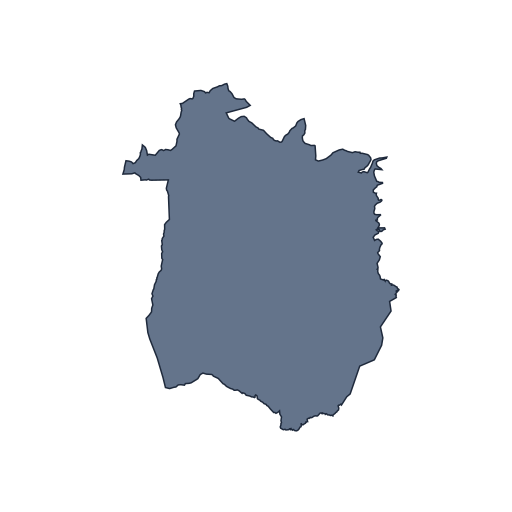 the district of Afigya Kwabre South, Ashanti, Ghana, rotated 129°
{"feature_id": "2480657B27047738560833", "entity_name": "Afigya Kwabre South", "entity_type": "district", "adm_level": 2, "iso_a3": "GHA", "parent_name": "Ghana", "parent_adm1": "Ashanti", "projection": "albers", "projection_center": [-1.625, 6.839], "detail": "fine", "context": "isolated", "style": "filled", "palette": "slate", "viewbox_px": 512, "rotation_deg": 129, "n_neighbors": 0, "source": "geoboundaries", "source_scale": "gbopen_adm2", "svg_char_len": 6150}
<svg xmlns="http://www.w3.org/2000/svg" viewBox="0 0 512 512"><g transform="rotate(129 256 256)"><path d="M200.0,120.8L199.7,121.4L198.0,122.6L198.3,123.3L198.2,123.7L194.8,123.7L195.3,124.5L195.0,125.0L193.6,124.5L193.1,123.5L192.1,123.8L192.1,125.9L191.4,126.8L191.8,128.2L191.8,129.9L192.3,131.4L193.4,132.3L192.3,132.9L193.1,134.2L193.0,135.3L192.2,137.1L192.2,137.9L192.7,139.4L193.6,140.0L194.2,139.8L193.5,141.6L193.8,141.8L194.3,141.5L195.5,144.8L193.9,146.6L193.2,147.8L192.7,149.9L191.5,151.6L189.4,153.1L189.8,153.5L188.3,153.8L187.9,154.2L185.5,157.3L181.4,157.7L178.3,159.0L177.4,162.8L176.8,163.6L174.2,163.4L173.8,163.6L173.7,164.0L171.6,165.1L168.5,165.9L167.9,165.6L166.7,166.0L166.1,168.3L166.0,171.6L167.4,172.9L169.3,173.6L167.7,176.7L164.8,176.8L161.4,175.3L160.0,175.7L159.8,176.5L160.1,177.9L160.0,179.0L158.5,178.4L158.0,176.8L158.7,175.6L158.5,174.5L157.7,173.8L155.4,173.5L153.9,172.5L153.2,173.8L157.5,179.0L155.1,179.3L153.8,180.0L153.1,181.2L153.1,185.1L152.8,185.4L152.3,184.7L151.6,184.3L151.1,185.1L149.4,185.6L145.8,185.0L145.6,185.4L148.0,188.2L148.9,190.0L148.5,191.3L147.3,192.3L144.4,193.5L142.8,195.2L141.2,195.4L138.7,195.0L136.2,193.5L134.5,193.1L133.7,193.1L133.2,193.7L133.4,194.4L134.7,195.0L135.4,195.7L135.3,196.5L134.2,197.4L133.4,200.1L132.9,200.9L132.3,201.5L131.4,201.9L132.1,202.8L132.6,204.9L130.9,206.4L127.8,206.1L126.2,205.7L124.7,206.3L119.9,203.4L119.3,204.0L121.3,206.8L121.4,208.1L122.0,209.1L119.2,214.4L116.7,217.3L114.7,218.1L113.4,218.2L109.7,212.5L109.4,214.0L109.8,216.5L109.7,218.9L108.4,220.7L106.9,221.5L105.0,220.9L98.0,216.2L96.8,216.6L100.3,219.6L102.1,221.6L106.9,224.6L108.7,224.8L110.2,224.1L115.0,222.7L116.5,222.6L120.7,221.7L121.3,222.0L122.6,225.3L123.8,226.2L125.2,226.4L126.5,229.3L124.7,229.7L121.6,227.6L120.6,226.6L118.9,226.9L116.4,226.3L114.8,226.2L109.8,227.0L108.6,227.4L107.5,228.8L106.8,232.0L107.0,233.2L109.3,238.1L110.6,239.6L109.9,240.5L111.3,242.2L112.6,244.6L115.0,246.1L117.2,250.8L117.5,252.4L118.0,253.4L118.4,255.8L121.2,258.1L127.4,261.2L130.3,261.2L136.2,262.7L139.6,264.7L143.0,267.3L143.8,270.3L140.6,272.5L133.2,279.4L133.2,280.1L135.6,282.9L136.0,284.7L137.6,288.7L137.2,291.3L136.7,292.4L135.0,294.4L133.3,295.5L131.9,295.1L129.7,295.4L127.9,297.0L126.6,297.2L123.3,299.5L119.0,305.1L121.7,306.9L125.0,308.0L126.8,308.0L130.0,307.0L133.1,307.7L134.2,308.3L137.4,308.5L139.1,308.0L141.7,308.1L142.6,308.7L145.1,309.1L150.6,307.8L151.5,308.0L152.6,309.0L152.9,311.7L153.6,312.3L154.4,313.8L154.6,315.6L154.0,317.0L154.6,319.3L154.3,324.7L153.6,329.3L155.6,333.7L155.2,335.0L155.7,337.2L155.2,343.0L155.8,346.2L155.2,348.9L154.6,350.4L154.9,353.1L157.0,355.2L159.8,356.3L164.8,357.5L166.1,363.1L166.0,364.0L163.5,369.2L146.3,356.8L142.6,355.3L142.0,360.9L141.2,363.0L141.3,364.0L143.3,365.8L146.3,370.3L146.7,372.8L145.0,376.8L144.5,379.7L144.7,381.2L143.3,383.3L141.8,384.8L140.4,387.2L142.4,388.7L145.2,389.9L146.8,391.6L148.6,392.3L153.0,395.0L156.3,395.6L158.6,395.2L159.7,397.1L161.0,397.8L160.7,399.5L162.0,403.0L166.5,407.6L169.1,406.5L171.0,404.9L173.3,404.2L174.1,404.5L175.1,406.3L176.4,407.0L183.7,409.2L185.3,410.7L186.4,408.8L187.3,408.1L187.9,406.9L189.0,406.3L189.6,405.3L191.3,404.7L194.6,402.8L196.0,402.3L198.3,402.1L201.8,402.1L204.7,401.2L206.6,398.7L208.7,393.2L209.4,392.3L215.0,390.9L216.6,389.6L220.7,387.5L226.0,388.3L227.8,388.9L228.8,391.2L230.2,393.4L231.2,393.6L232.3,394.3L232.5,395.6L232.9,396.5L234.8,397.6L241.1,397.7L244.3,403.2L244.7,403.5L245.9,403.9L243.0,407.2L241.4,410.1L241.2,411.0L241.2,414.2L244.8,411.9L246.4,411.5L247.5,410.9L248.4,411.0L250.2,409.5L252.6,408.7L254.2,408.4L256.9,408.8L259.4,408.5L261.6,409.7L261.3,411.4L261.4,412.4L262.2,414.4L263.8,417.0L269.8,414.1L271.7,412.8L276.1,411.0L270.2,404.2L267.6,402.5L267.8,401.7L267.2,397.7L267.5,395.1L269.5,393.1L266.4,389.9L266.1,389.1L263.8,387.7L263.9,386.5L262.9,385.0L252.0,372.0L259.8,368.3L261.0,366.9L261.3,365.7L264.0,361.8L265.0,361.3L282.1,346.3L286.2,346.9L289.1,346.8L292.7,343.8L294.1,343.3L295.5,342.2L297.1,341.7L298.5,340.1L301.3,339.9L302.6,339.1L303.3,339.0L306.1,336.0L307.7,335.8L310.4,333.2L311.5,331.2L313.4,330.9L317.0,327.8L317.5,326.3L323.5,323.3L325.4,321.2L326.9,320.7L329.2,321.1L331.4,320.8L334.9,319.3L335.5,319.3L336.3,318.5L337.4,318.5L338.2,317.7L342.2,316.8L345.9,314.7L346.9,314.6L350.8,313.1L352.0,310.9L354.9,310.3L359.0,305.3L362.2,304.2L365.2,302.0L369.5,301.8L373.6,302.1L383.6,291.8L387.3,286.4L397.4,268.6L408.9,251.9L415.2,243.6L413.4,239.7L409.7,237.2L408.2,235.8L405.1,235.3L403.3,233.4L401.4,230.3L399.6,230.6L397.1,227.9L395.4,226.6L388.0,224.0L383.2,224.7L380.4,223.6L379.0,220.2L375.9,215.8L375.9,214.2L376.2,213.6L374.9,208.3L376.0,201.2L375.6,199.8L375.9,196.9L375.0,192.3L374.1,190.3L374.1,188.5L372.7,186.9L371.9,186.5L371.4,184.4L371.5,180.3L370.7,180.3L369.9,178.1L370.4,176.0L368.8,172.9L368.2,170.6L367.4,169.6L367.0,168.1L366.3,167.9L365.0,168.9L364.1,168.8L364.1,167.1L366.0,165.1L366.0,163.9L365.6,162.3L365.9,161.0L365.4,158.7L365.7,156.9L364.9,154.7L365.4,153.6L365.1,152.1L365.9,148.3L366.5,143.7L365.7,142.9L365.7,141.5L363.6,140.6L361.5,140.3L363.9,137.9L365.0,134.9L368.2,133.0L369.5,131.3L370.7,131.1L371.6,130.3L373.6,129.6L374.3,128.4L373.8,125.4L372.4,124.4L372.4,123.3L370.3,121.2L369.2,121.2L368.5,120.6L369.1,120.5L369.2,119.7L368.3,119.4L368.4,118.1L367.7,118.0L367.2,117.6L367.4,117.2L367.3,115.9L366.3,114.4L365.0,113.8L363.4,113.7L361.4,114.1L360.3,113.6L359.1,114.2L358.1,115.3L357.8,115.1L358.3,114.1L357.4,113.1L356.2,112.9L354.8,112.3L353.7,112.8L353.2,112.1L352.3,112.2L352.1,111.8L350.7,113.6L349.1,113.2L348.9,112.5L347.3,112.3L347.3,111.7L346.3,110.9L343.9,110.1L342.7,109.2L342.5,108.6L341.5,107.5L337.8,107.3L336.9,106.6L337.0,105.4L336.1,105.5L335.9,104.4L335.0,102.9L335.4,102.4L334.2,101.9L334.4,100.4L333.2,98.7L333.2,97.9L332.2,97.1L331.9,95.6L331.0,96.1L328.6,95.5L327.3,95.5L326.4,95.1L325.3,95.3L323.7,95.0L322.1,95.9L320.8,97.9L320.1,98.0L319.3,97.2L317.7,96.8L318.0,95.8L308.2,96.9L304.0,96.0L276.3,106.1L262.2,98.7L246.3,102.2L239.8,105.9L232.8,114.7L213.8,116.4L207.2,123.6L200.0,120.8Z" fill="#64748b" stroke="#1e293b" stroke-width="1.5"/></g></svg>